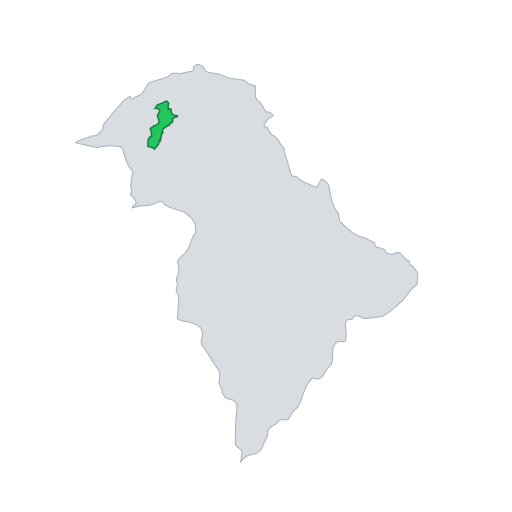 Carnot, Mambéré-Kadéï, Central African Republic shown in context, rotated 79°
{"feature_id": "33826404B21992681295318", "entity_name": "Carnot", "entity_type": "district", "adm_level": 2, "iso_a3": "CAF", "parent_name": "Central African Republic", "parent_adm1": "Mambéré-Kadéï", "projection": "natural_earth1", "projection_center": [16.19, 4.73], "detail": "fine", "context": "in_parent", "style": "filled", "palette": "green", "viewbox_px": 512, "rotation_deg": 79, "n_neighbors": 0, "source": "geoboundaries", "source_scale": "gbopen_adm2", "svg_char_len": 6125}
<svg xmlns="http://www.w3.org/2000/svg" viewBox="0 0 512 512"><g transform="rotate(79 256 256)"><path d="M351.6,182.8L356.1,184.1L357.0,185.7L355.7,191.0L356.6,194.2L359.2,197.0L361.8,198.2L364.2,198.9L372.9,200.6L376.4,202.5L381.2,208.6L387.2,214.2L388.6,217.2L388.4,219.9L386.6,223.2L386.9,224.5L389.6,227.8L392.8,231.1L398.5,234.9L408.4,240.7L413.0,244.6L414.5,247.6L417.1,250.8L420.6,253.7L423.0,256.0L421.4,262.4L421.9,264.5L422.8,266.3L424.9,268.8L425.7,272.1L427.8,276.1L430.3,278.0L434.3,278.7L436.5,280.5L441.0,283.8L445.3,286.6L447.2,288.5L448.4,290.2L449.4,292.2L449.9,294.2L450.0,298.5L450.8,303.9L453.1,307.6L455.3,310.3L446.4,307.2L445.1,307.1L443.5,307.6L438.9,311.5L437.4,312.0L431.6,311.2L417.5,308.1L406.6,305.2L403.4,304.1L397.6,303.1L393.7,305.1L390.1,312.0L389.1,313.3L383.5,315.4L380.8,314.8L374.3,316.7L364.2,313.9L360.6,314.4L357.7,315.9L350.5,319.0L346.1,320.7L341.0,322.4L336.1,324.8L332.9,326.2L329.6,326.2L326.8,324.8L323.6,323.6L319.8,323.3L315.9,324.0L312.5,326.8L311.2,328.7L308.3,333.9L304.9,342.4L303.5,344.1L302.3,345.0L286.5,340.8L279.7,339.8L275.1,341.1L269.3,338.7L266.8,338.3L265.6,339.1L262.4,338.0L257.2,335.1L252.2,333.9L247.7,334.3L245.0,333.3L242.8,330.5L239.9,325.4L234.8,320.3L227.9,316.2L223.6,313.1L221.9,311.0L218.2,309.9L212.5,309.7L207.0,311.7L199.2,318.1L191.9,331.2L187.9,336.2L184.6,337.5L183.8,340.6L185.4,345.7L185.9,351.4L184.7,361.2L185.1,368.4L183.4,367.2L181.7,363.9L181.0,363.2L176.2,364.7L173.7,366.1L172.3,367.4L171.3,367.6L169.8,365.8L168.6,365.5L166.7,365.8L164.8,365.8L163.5,365.5L162.7,365.7L160.4,364.6L152.2,361.9L150.7,360.9L149.1,361.0L144.8,363.4L142.5,364.1L135.7,365.6L128.4,366.3L125.6,366.4L123.7,367.4L122.4,368.9L120.1,378.0L119.5,379.5L119.6,381.8L119.0,389.1L119.3,391.4L110.5,411.4L109.1,408.1L108.2,404.1L107.8,399.7L108.0,398.5L107.5,397.2L106.7,393.5L107.4,391.1L106.8,388.7L105.1,386.2L103.6,384.4L102.7,382.7L102.0,382.0L100.3,381.7L98.0,380.9L88.2,369.1L78.1,356.0L76.1,351.7L75.2,349.2L77.7,348.9L78.3,348.5L78.4,347.3L76.8,344.0L76.1,339.7L74.8,337.0L70.9,333.0L67.1,329.9L65.9,328.4L65.2,326.1L63.8,311.9L63.1,307.8L61.9,306.1L61.1,305.2L60.7,304.2L60.9,301.7L61.4,299.4L61.4,298.6L62.4,296.6L62.4,283.4L61.2,281.6L58.9,281.6L57.7,279.7L56.7,277.2L57.0,275.5L59.2,272.8L60.6,271.8L65.0,269.7L66.2,268.6L66.9,267.3L67.4,265.6L69.9,258.8L73.7,252.1L75.3,250.7L79.0,240.7L79.9,238.2L80.5,235.7L81.8,233.6L85.8,230.2L88.9,224.3L92.3,224.7L95.7,225.6L100.1,226.1L103.6,224.9L105.8,222.6L116.5,218.7L117.3,215.5L119.0,213.8L121.0,212.4L121.6,212.2L121.8,213.2L123.0,216.5L125.4,219.8L129.0,223.4L130.0,223.1L132.2,220.4L137.8,218.7L139.2,218.0L143.2,214.0L147.9,211.5L150.7,210.6L155.5,208.0L158.9,208.3L164.4,207.9L173.6,206.7L180.2,206.2L183.6,205.7L184.4,205.2L185.7,201.4L186.7,200.3L189.2,198.7L194.0,193.0L197.2,188.1L198.2,186.4L198.8,186.0L200.2,184.0L198.8,181.9L193.4,177.6L193.4,177.0L193.1,176.3L193.4,175.7L195.5,173.9L198.3,171.9L201.3,171.2L209.1,171.3L215.8,170.9L217.3,171.0L222.5,170.0L226.1,169.1L229.7,167.0L238.0,167.2L244.8,162.0L246.8,161.0L247.7,160.2L247.9,159.4L251.2,157.3L254.7,153.0L257.6,149.1L258.4,146.3L266.1,137.0L268.8,137.2L270.1,136.1L273.2,129.9L274.2,128.7L277.4,127.6L278.9,125.8L280.2,123.1L280.2,119.7L279.6,117.0L279.6,115.6L280.3,114.4L281.5,113.2L287.4,109.9L288.9,108.3L289.8,106.8L291.5,106.5L293.3,106.7L294.4,105.8L295.7,104.3L299.8,102.2L303.6,100.6L307.6,101.3L314.8,103.3L317.0,107.8L318.0,109.3L327.0,119.8L328.8,122.3L333.2,129.9L336.0,135.1L339.1,142.4L339.4,146.4L339.0,149.9L338.5,159.6L337.7,162.4L333.8,167.7L333.6,170.0L334.4,172.0L335.6,172.8L336.4,173.8L336.0,178.3L337.4,180.1L340.3,181.3L347.8,182.1L351.6,182.8Z" fill="#d9dde1" stroke="#a8b0b8" stroke-width="1"/><path d="M127.7,341.2L128.0,340.7L128.4,340.2L128.4,339.8L128.5,339.5L128.9,338.6L129.6,337.5L130.6,336.2L131.8,335.1L131.4,334.7L129.6,333.0L129.1,331.9L128.1,330.9L127.7,330.4L127.1,330.0L126.0,329.8L125.3,329.1L125.2,328.6L125.1,328.0L125.1,327.9L124.9,327.8L124.7,327.8L124.5,328.1L124.4,328.3L124.4,328.5L124.2,328.7L123.7,328.6L123.2,327.8L123.1,327.4L123.1,327.2L122.9,326.9L122.6,327.0L122.4,327.1L121.1,326.3L120.9,326.4L120.4,326.4L120.1,326.3L119.9,326.2L119.6,326.1L119.2,325.9L118.9,325.7L118.7,325.4L118.4,325.0L118.2,324.8L117.9,325.1L117.8,325.4L117.7,325.4L117.4,325.3L117.2,325.0L117.2,323.9L116.9,323.6L116.6,323.7L116.4,323.8L116.1,323.9L115.7,324.2L115.1,324.1L114.4,323.5L114.0,323.0L113.1,322.7L113.1,321.9L112.0,319.9L111.9,318.8L111.1,317.9L111.1,316.8L110.9,315.7L110.6,315.7L110.3,315.8L109.9,315.7L109.1,314.6L109.0,314.2L109.1,313.8L109.1,313.5L109.2,313.2L108.8,313.0L108.5,313.0L108.4,312.8L108.3,312.4L108.0,312.2L107.3,311.8L106.9,311.9L105.9,311.9L105.3,311.1L104.5,310.0L104.4,308.8L104.5,307.4L104.3,307.1L104.0,306.6L103.4,306.4L103.0,306.9L102.9,307.7L102.4,308.8L101.6,310.2L100.9,310.9L99.5,311.6L95.4,311.5L95.5,313.8L95.0,313.5L94.7,313.5L94.4,313.8L93.9,313.9L93.5,313.8L93.2,313.9L92.9,313.8L92.6,313.6L92.4,313.6L91.6,313.6L91.4,313.5L90.6,313.0L89.8,312.5L89.4,312.5L88.8,312.9L88.3,313.3L87.6,313.8L87.3,314.1L86.8,314.2L87.9,318.4L88.6,322.5L89.3,324.6L90.3,325.6L91.4,326.3L91.8,326.8L91.8,325.9L92.1,325.5L92.4,325.1L93.2,323.7L93.7,323.1L94.3,322.8L95.0,322.7L95.4,322.9L95.7,323.1L96.1,323.3L96.4,323.5L96.7,323.7L97.2,324.1L97.6,324.5L98.0,324.9L98.3,325.3L98.6,325.5L99.1,326.0L99.4,326.1L99.8,326.0L100.6,325.9L101.4,325.8L102.0,325.7L102.5,325.6L103.1,325.5L103.8,325.4L104.4,325.5L105.0,325.6L105.5,325.7L106.1,325.9L106.4,326.1L106.7,326.2L107.1,326.5L107.4,326.7L107.5,326.8L107.8,327.5L108.0,328.1L108.3,328.6L108.6,329.1L108.7,330.6L108.8,331.7L109.4,332.8L109.9,333.7L110.1,334.0L110.3,334.7L110.6,335.3L111.0,335.7L111.4,335.7L111.7,335.4L112.8,335.3L114.2,335.3L114.9,335.1L115.9,335.4L116.5,335.6L116.8,335.5L117.1,335.4L117.5,335.4L117.7,335.5L118.2,335.5L118.5,335.6L119.0,335.7L119.1,336.3L119.0,336.9L119.0,337.2L119.0,337.6L119.2,337.9L119.5,338.3L121.1,339.5L121.7,339.9L122.1,339.8L122.3,339.7L122.8,340.0L123.3,340.2L123.7,340.4L125.3,340.5L125.7,340.7L126.7,340.9L127.7,341.2Z" fill="#22c55e" stroke="#15803d" stroke-width="1.5"/></g></svg>